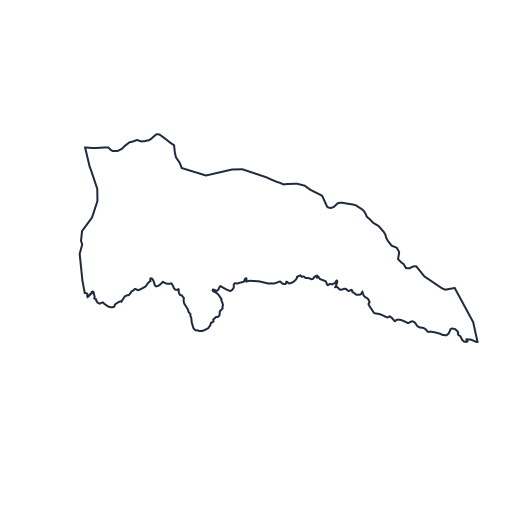 Dalipebinaw, Federated States of Micronesia (Albers equal-area conic projection), rotated 246°
{"feature_id": "79324940B90066431308454", "entity_name": "Dalipebinaw", "entity_type": "district", "adm_level": 2, "iso_a3": "FSM", "parent_name": "Federated States of Micronesia", "parent_adm1": "", "projection": "albers", "projection_center": [138.079, 9.514], "detail": "fine", "context": "isolated", "style": "outline", "palette": "slate", "viewbox_px": 512, "rotation_deg": 246, "n_neighbors": 0, "source": "geoboundaries", "source_scale": "gbopen_adm2", "svg_char_len": 6104}
<svg xmlns="http://www.w3.org/2000/svg" viewBox="0 0 512 512"><g transform="rotate(246 256 256)"><path d="M424.6,144.0L405.5,140.4L400.4,140.1L381.9,138.3L370.7,133.5L357.8,121.8L349.5,107.2L341.0,102.3L337.2,101.9L329.7,95.8L304.1,87.4L291.9,84.5L291.2,85.6L290.5,86.3L289.4,86.5L288.7,86.1L288.2,85.5L287.0,85.5L287.2,86.5L288.0,86.9L287.7,88.1L288.9,89.3L288.5,90.4L288.7,91.1L289.9,91.3L289.9,92.4L289.1,92.9L288.1,92.7L286.7,92.4L284.3,92.0L283.8,91.6L283.0,91.1L282.1,91.6L281.4,92.3L280.9,92.0L280.0,91.9L279.4,92.2L278.0,92.2L277.3,92.8L276.5,93.3L276.0,94.1L276.1,96.1L275.7,97.4L273.9,98.0L272.6,98.8L270.4,100.1L269.0,101.5L268.0,102.9L267.6,103.9L267.3,105.4L267.6,106.1L268.3,106.8L268.9,107.2L269.2,107.8L269.3,108.4L269.8,111.8L269.7,113.9L269.6,114.3L269.1,114.5L270.7,116.9L272.1,119.2L272.5,120.1L272.5,121.0L272.5,122.4L272.0,123.7L272.3,124.6L273.3,126.4L273.7,127.1L273.9,127.4L274.2,127.7L274.5,130.2L275.1,131.7L275.1,132.1L274.8,132.6L273.0,134.0L272.7,134.5L272.6,134.9L272.6,136.7L272.7,138.7L273.0,142.3L273.3,143.2L275.4,146.5L275.6,147.7L276.1,148.9L276.0,149.3L278.0,150.1L278.4,150.4L278.4,150.7L278.2,151.2L277.9,151.6L277.4,151.9L275.5,152.2L273.5,152.1L270.8,151.7L270.0,151.8L269.3,152.1L268.9,152.4L268.7,153.1L268.5,154.5L268.8,156.3L269.4,158.2L270.3,160.3L270.0,160.7L268.9,161.4L267.6,162.5L266.5,164.1L265.8,165.7L265.5,166.9L265.5,167.4L265.1,167.7L263.2,167.9L259.6,168.0L258.4,168.4L258.0,168.7L257.1,170.2L257.2,171.7L256.6,171.7L254.2,170.7L252.5,170.6L251.3,170.8L250.6,171.7L250.2,172.2L248.6,172.5L247.8,172.8L247.0,173.0L246.2,172.6L244.9,171.8L242.7,171.2L241.7,171.1L240.8,171.2L235.4,172.0L232.0,171.7L229.6,172.4L227.8,171.7L225.8,171.7L221.3,170.2L219.1,170.0L217.3,169.7L215.7,169.5L213.9,169.9L212.4,171.0L211.8,172.5L210.6,173.6L210.4,173.9L209.3,176.6L209.3,180.9L209.5,183.1L210.4,184.4L211.0,185.7L213.3,187.8L213.2,189.3L213.5,190.5L215.5,191.2L215.7,192.5L216.6,194.8L215.9,195.8L216.1,197.3L216.4,198.2L217.4,199.0L218.6,199.6L220.2,200.5L220.8,202.0L221.4,203.5L221.7,204.2L223.5,204.8L224.6,205.9L227.4,206.3L229.6,206.3L230.7,206.9L234.3,206.3L236.6,205.7L238.4,204.8L239.9,203.7L241.4,202.4L242.1,202.4L242.6,202.6L242.8,203.1L242.7,203.5L242.5,203.8L242.2,204.1L240.8,205.1L240.4,205.6L240.2,206.0L240.2,206.6L240.6,207.9L242.7,210.4L243.0,211.0L242.7,211.5L240.1,213.3L237.4,215.4L235.0,217.6L234.4,218.5L234.8,220.6L235.1,221.1L236.2,222.9L238.7,223.9L239.7,225.2L239.3,226.5L238.3,228.0L238.2,230.2L237.5,233.7L237.6,234.6L238.1,235.2L239.2,236.2L239.6,237.0L239.7,237.8L239.4,238.1L238.9,238.0L237.2,236.7L236.9,236.6L236.6,236.9L235.9,240.2L233.8,244.3L231.7,248.3L231.0,249.3L229.6,251.2L228.4,252.7L226.2,255.6L225.2,257.2L225.1,257.6L225.2,258.0L223.8,260.6L223.5,261.6L223.2,264.5L223.1,266.4L223.0,267.4L222.6,267.9L220.5,268.7L219.4,269.6L218.8,270.6L218.5,271.6L218.8,272.4L219.0,272.6L219.9,272.9L220.1,273.3L220.0,273.5L219.8,273.9L217.9,274.7L217.5,275.2L217.2,275.9L217.1,277.1L217.1,279.1L217.5,280.9L218.1,282.5L218.8,283.8L219.4,284.7L220.3,285.1L220.3,288.6L219.4,289.0L218.6,289.1L218.4,289.3L218.1,290.9L217.8,291.3L217.4,291.6L216.2,292.1L215.7,292.5L215.4,292.9L214.7,294.7L213.7,295.8L212.7,296.8L212.1,297.5L212.0,298.1L212.0,298.7L212.2,299.3L213.1,300.6L213.3,301.3L213.4,302.9L213.3,303.4L212.5,302.9L211.8,302.8L211.5,302.9L212.1,303.8L212.1,304.3L211.7,304.6L209.9,304.7L209.1,305.0L208.2,305.8L205.4,308.6L204.6,309.3L203.8,309.5L201.8,309.3L200.3,309.5L200.1,309.8L200.1,310.2L200.5,312.0L200.2,312.7L199.4,313.4L199.1,313.9L199.2,315.8L199.0,317.3L200.1,318.4L200.7,319.8L200.3,320.0L199.9,320.0L198.7,319.2L197.5,318.2L195.3,315.8L195.2,316.0L194.6,317.6L194.0,317.8L192.1,318.5L191.2,319.0L190.6,320.0L190.3,321.4L190.2,322.7L190.0,323.8L189.5,324.5L188.9,325.0L187.2,325.7L186.5,326.2L186.2,327.1L186.3,328.7L186.3,329.3L185.9,329.7L185.3,329.8L184.3,329.4L183.9,329.4L182.9,330.1L181.8,330.9L180.3,331.5L179.7,332.2L179.2,333.2L178.6,334.6L178.4,335.5L178.4,336.1L178.7,336.8L179.9,338.3L180.0,338.6L179.4,338.6L178.1,338.4L176.6,338.3L175.3,338.5L174.0,339.1L172.8,340.0L171.4,340.8L169.9,341.0L167.8,341.0L167.4,340.8L166.9,339.8L166.5,339.4L166.1,339.2L165.5,339.2L163.4,339.4L157.9,340.3L156.3,340.6L155.5,341.0L154.9,341.9L153.2,344.5L152.4,345.6L149.7,348.1L146.9,350.4L146.6,350.8L146.3,351.8L146.3,352.2L146.6,353.3L146.4,353.7L144.9,354.6L143.0,355.3L140.1,356.2L139.9,356.5L140.0,357.0L140.4,357.9L140.4,358.9L140.0,360.0L139.2,361.5L138.3,362.8L137.5,363.5L136.7,364.2L134.5,366.3L133.3,367.0L132.9,367.6L132.8,368.7L133.0,371.1L132.9,371.9L132.5,372.6L131.8,373.2L130.3,374.2L126.5,374.8L125.1,375.7L123.9,376.8L123.3,378.0L122.1,379.8L119.8,381.3L117.3,381.9L116.4,382.9L115.8,384.9L113.4,388.5L110.0,392.7L108.0,394.3L106.1,397.7L106.8,400.4L108.6,402.5L110.0,403.9L110.1,405.4L108.4,408.0L105.7,409.3L104.5,409.5L103.9,409.6L103.2,408.9L101.7,408.7L99.6,410.0L97.4,410.2L95.6,410.2L93.1,411.3L91.9,413.4L92.1,414.5L93.3,414.9L94.6,413.6L93.5,415.9L92.2,418.3L90.7,419.8L88.7,421.5L87.5,423.0L87.4,423.4L107.2,427.5L146.0,424.5L148.2,415.2L150.8,412.8L168.9,401.5L181.4,398.2L182.5,395.6L182.4,391.1L183.9,388.1L188.5,387.6L191.5,385.9L195.5,384.5L198.6,386.7L201.5,388.4L206.3,387.9L210.3,384.1L216.2,382.6L218.3,382.5L219.9,382.3L221.7,382.7L223.9,382.8L226.6,382.4L229.3,381.5L233.5,380.2L238.7,376.5L243.1,375.0L246.8,373.2L249.6,373.3L253.1,372.9L256.0,371.6L258.3,370.0L261.6,367.9L263.7,365.4L266.7,360.7L269.9,355.9L271.0,352.4L269.1,346.8L269.5,343.6L271.3,341.4L272.3,341.0L284.2,340.9L294.2,332.7L300.4,329.1L305.4,322.8L308.9,314.2L310.3,310.1L313.1,307.7L314.5,305.9L316.9,303.6L319.0,301.6L320.9,299.9L323.3,297.9L340.8,278.8L344.8,269.2L349.9,243.0L366.6,223.9L371.9,224.2L378.8,223.0L383.8,224.0L387.4,225.2L390.5,226.2L394.4,223.7L399.1,221.3L405.8,217.5L406.7,216.5L407.5,215.2L407.6,214.0L405.7,207.9L405.3,204.8L405.9,203.2L406.0,201.4L407.4,197.7L408.1,197.0L410.4,194.4L410.7,189.8L411.3,186.7L410.0,181.0L408.5,177.3L408.2,172.6L410.1,167.9L411.7,166.6L415.2,165.2L416.5,162.4L420.3,152.3L424.6,144.0Z" fill="none" stroke="#1e293b" stroke-width="2"/></g></svg>